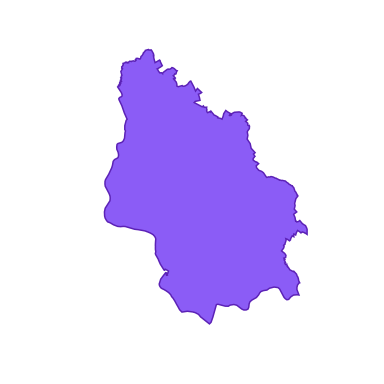 outline of Piltown Lea-5, Kilkenny, Ireland, rotated 56°
{"feature_id": "5873133B76837533212426", "entity_name": "Piltown Lea-5", "entity_type": "district", "adm_level": 2, "iso_a3": "IRL", "parent_name": "Ireland", "parent_adm1": "Kilkenny", "projection": "equal_earth", "projection_center": [-7.187, 52.347], "detail": "fine", "context": "isolated", "style": "filled", "palette": "violet", "viewbox_px": 384, "rotation_deg": 56, "n_neighbors": 0, "source": "geoboundaries", "source_scale": "gbopen_adm2", "svg_char_len": 6028}
<svg xmlns="http://www.w3.org/2000/svg" viewBox="0 0 384 384"><g transform="rotate(56 192 192)"><path d="M337.2,160.9L331.6,159.6L329.8,158.4L328.1,156.5L327.3,154.2L327.5,153.5L325.3,153.2L323.1,152.2L321.6,151.8L320.2,151.8L318.6,151.3L314.6,151.9L314.7,152.5L311.2,154.4L309.0,154.3L307.3,154.7L307.3,154.3L305.7,154.2L304.7,153.8L304.4,155.0L302.7,154.8L302.7,153.9L299.9,153.6L300.0,152.8L298.2,152.8L298.7,151.0L297.0,149.5L294.7,149.5L290.9,150.7L289.8,147.5L288.8,146.2L287.6,146.0L287.3,145.5L287.5,145.1L287.3,144.1L287.0,144.0L284.9,141.3L284.1,140.6L283.2,140.3L284.5,139.4L287.0,138.5L286.8,137.2L285.8,136.2L284.4,133.4L286.0,132.6L284.4,131.7L283.8,131.0L285.6,130.1L284.0,128.1L282.9,126.0L284.8,125.1L286.7,124.6L286.4,124.2L286.9,123.5L286.9,122.8L287.4,122.4L288.5,121.6L288.9,121.6L289.1,121.2L291.5,120.3L287.4,117.5L286.1,117.1L283.3,116.7L282.4,117.2L279.9,118.2L275.9,118.6L276.0,120.2L275.4,121.9L274.5,121.9L274.2,122.4L270.6,120.8L267.6,120.3L267.3,120.2L267.1,116.3L263.4,116.8L261.0,114.2L258.9,113.3L255.6,109.6L254.5,106.4L253.7,106.3L253.5,106.6L252.7,106.3L250.0,106.0L248.9,106.2L245.2,105.2L243.1,105.6L242.9,105.4L242.0,106.2L241.1,106.4L239.9,107.2L238.9,107.2L236.8,108.1L235.2,108.4L232.7,110.8L232.4,111.6L231.7,111.9L231.2,112.8L230.7,112.8L230.0,113.4L229.5,113.5L228.3,114.3L227.5,114.6L227.1,115.2L225.2,116.2L223.8,117.4L223.3,118.0L223.1,119.1L222.2,120.2L221.8,121.8L220.9,122.0L216.0,122.0L213.9,122.7L211.3,124.5L208.0,124.9L206.2,124.1L205.8,120.9L203.8,121.4L203.1,121.8L203.1,122.1L201.1,123.0L199.5,123.4L198.4,122.4L198.0,120.9L197.5,120.3L197.6,119.9L194.9,119.8L194.7,117.7L188.8,118.5L184.4,116.7L179.0,116.7L176.3,114.0L173.1,112.6L172.5,111.7L171.6,109.1L169.6,107.5L168.8,107.4L168.8,107.8L167.7,108.4L166.2,107.3L163.4,108.0L163.2,105.7L162.7,105.8L162.5,106.2L161.1,106.1L161.1,106.3L160.3,106.6L160.0,106.2L159.3,106.3L159.0,106.2L157.8,106.3L156.2,107.5L156.1,108.2L154.8,106.4L152.9,107.3L152.0,108.1L149.6,112.3L149.3,115.1L150.3,116.3L149.9,117.9L149.3,118.1L148.5,116.2L145.2,117.8L143.3,118.4L144.8,121.9L146.6,123.8L148.4,126.4L147.1,127.1L144.8,129.2L144.3,128.6L141.6,129.9L140.8,130.6L135.5,131.1L136.0,132.2L135.3,132.3L135.0,134.6L133.8,134.8L133.1,134.5L132.5,134.2L132.3,133.7L130.6,133.1L129.9,132.4L128.6,134.6L127.0,134.4L127.1,135.9L119.1,140.2L118.7,138.6L120.5,134.1L117.6,132.9L114.5,132.0L115.0,129.8L114.9,128.3L109.2,129.6L110.3,132.6L106.0,131.7L98.8,130.9L99.1,131.1L99.5,133.3L100.3,135.4L100.3,137.9L99.8,139.6L98.9,140.6L98.3,140.6L97.0,144.5L95.8,145.3L94.0,144.2L92.0,143.6L87.8,144.1L87.7,143.7L88.5,142.7L88.1,142.6L88.1,142.1L85.1,142.5L85.0,141.0L84.5,140.3L84.9,140.0L85.1,139.2L83.7,137.6L83.2,136.5L82.5,137.1L79.8,137.7L78.2,138.5L77.6,139.1L77.9,140.4L77.7,141.8L77.2,142.8L76.7,143.0L76.5,144.1L76.7,148.2L77.0,150.0L77.3,150.2L76.4,150.4L76.0,150.7L75.3,152.0L75.7,152.1L72.5,152.2L71.0,151.8L70.5,152.0L70.8,148.4L70.7,146.0L66.4,145.4L65.3,145.0L64.5,145.1L64.1,150.3L60.0,148.9L57.6,147.8L57.7,147.5L57.0,147.3L57.0,147.1L55.6,146.6L52.1,146.3L51.3,146.4L51.2,146.6L51.2,147.2L50.6,147.6L50.3,148.3L49.5,148.4L48.5,151.5L48.9,151.9L49.6,154.8L50.0,154.8L51.0,157.2L51.1,158.5L52.2,159.6L52.7,160.8L50.8,162.3L50.1,163.5L50.5,163.9L50.5,164.8L51.5,164.8L51.7,165.8L51.6,166.3L50.6,167.1L49.8,168.9L49.9,169.4L48.8,170.3L48.9,173.3L48.5,173.7L48.0,173.6L48.3,173.3L47.9,173.4L47.2,174.7L47.5,175.1L46.8,177.3L47.9,177.7L48.2,178.0L48.2,178.6L48.8,179.1L48.9,180.3L49.7,180.7L50.5,180.6L50.5,181.1L51.1,181.0L52.3,183.6L56.1,184.9L56.4,185.3L56.4,185.9L57.7,186.5L57.5,186.9L58.1,186.9L58.0,187.3L58.4,187.6L59.1,187.6L59.5,188.2L59.9,188.0L59.6,188.4L60.3,188.5L60.1,188.9L60.7,188.8L60.5,189.5L59.9,189.5L61.4,189.9L60.7,190.5L61.0,190.9L61.8,191.2L62.4,191.0L62.8,191.5L62.0,191.7L63.3,192.7L63.0,193.1L62.5,192.6L62.3,192.9L62.5,193.4L63.2,193.7L63.1,194.0L63.3,194.9L70.2,195.0L72.4,195.6L73.2,196.3L73.5,197.1L73.2,198.9L73.4,199.9L73.6,200.4L74.6,200.9L81.2,201.9L88.7,203.9L95.4,205.1L95.8,206.5L99.4,210.6L102.6,212.8L104.2,213.0L105.2,214.2L109.7,217.9L111.2,220.3L111.5,221.6L111.5,222.7L110.4,226.3L110.6,227.5L112.5,229.2L114.5,230.4L118.0,231.1L120.3,232.2L121.5,233.3L122.1,234.1L122.1,235.4L121.8,238.1L122.5,240.2L125.4,243.0L127.1,245.1L130.7,251.1L133.4,256.8L134.6,258.2L136.7,259.7L138.7,260.7L146.9,261.6L149.4,262.2L151.3,263.2L153.4,264.9L156.9,273.0L159.5,275.7L163.1,277.9L165.1,278.6L168.0,278.8L169.7,278.6L169.9,278.4L171.9,277.0L175.3,275.4L178.9,272.9L180.8,270.6L181.8,268.7L182.1,268.2L183.3,266.6L183.9,266.1L190.8,260.4L193.1,257.7L197.7,253.0L198.4,252.4L199.0,252.0L199.5,251.7L200.8,250.7L201.0,250.6L202.7,249.5L204.7,248.5L205.2,248.3L205.6,248.1L207.7,247.8L209.5,247.9L210.6,248.3L210.8,248.4L211.9,249.3L212.8,250.0L214.5,251.3L216.2,252.5L217.1,253.0L217.7,253.5L219.6,254.7L220.2,254.9L221.2,255.4L221.5,255.7L221.8,256.0L222.2,256.5L222.7,256.9L224.0,257.2L224.4,257.2L227.9,257.5L228.5,257.5L230.2,257.9L234.1,258.6L240.4,258.8L241.1,258.8L241.4,258.7L241.5,257.9L241.0,257.7L241.2,257.2L244.4,255.7L245.9,257.6L245.2,258.1L247.2,258.9L246.8,259.7L244.9,258.9L244.2,259.1L245.6,263.4L246.4,265.6L246.6,266.3L246.7,266.5L246.9,266.9L247.2,267.2L249.9,270.6L250.9,271.1L251.2,271.2L252.3,271.4L254.0,271.4L255.3,270.9L256.0,270.5L256.6,270.1L257.3,269.7L258.0,269.4L259.2,268.8L262.3,267.6L264.6,267.2L265.6,267.1L267.2,267.4L269.5,267.1L272.9,267.2L276.8,267.6L278.6,267.7L282.7,268.1L284.3,267.8L285.9,267.5L288.3,262.5L291.9,258.4L293.8,256.8L297.1,255.0L300.4,254.7L311.1,251.3L310.7,249.1L307.5,244.8L299.1,234.9L299.1,234.2L299.6,233.2L305.2,228.3L307.0,225.8L307.1,223.6L308.7,220.2L310.9,218.2L316.9,216.2L318.8,215.0L320.1,213.0L320.4,211.1L319.3,209.4L316.7,207.2L315.4,205.3L315.1,202.6L315.5,197.6L314.5,194.2L313.4,192.1L313.1,190.4L313.7,187.9L315.2,184.7L315.1,181.6L316.7,177.1L319.4,174.1L321.4,173.6L330.8,174.6L332.7,174.3L334.4,173.6L335.1,171.9L334.2,168.8L334.2,165.5L336.0,162.3L337.2,160.9Z" fill="#8b5cf6" stroke="#5b21b6" stroke-width="1.5"/></g></svg>